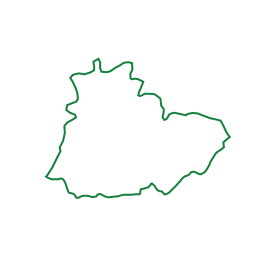 the district of Khotsimsk, Mogilev, Belarus, rotated 251°
{"feature_id": "67162791B11584975294724", "entity_name": "Khotsimsk", "entity_type": "district", "adm_level": 2, "iso_a3": "BLR", "parent_name": "Belarus", "parent_adm1": "Mogilev", "projection": "orthographic", "projection_center": [32.434, 53.377], "detail": "fine", "context": "isolated", "style": "outline", "palette": "green", "viewbox_px": 256, "rotation_deg": 251, "n_neighbors": 0, "source": "geoboundaries", "source_scale": "gbopen_adm2", "svg_char_len": 2182}
<svg xmlns="http://www.w3.org/2000/svg" viewBox="0 0 256 256"><g transform="rotate(251 128 128)"><path d="M86.3,221.3L91.7,219.7L99.2,218.9L104.9,217.9L108.1,212.9L110.6,208.7L114.8,203.7L119.1,198.6L121.2,194.0L121.8,189.2L121.3,186.6L125.2,180.4L127.4,176.6L127.7,173.6L127.1,170.9L125.6,169.5L123.9,167.1L123.9,164.9L127.0,164.2L131.0,166.6L134.2,168.0L138.3,166.7L145.2,168.2L149.8,165.3L151.7,163.5L154.1,157.5L154.9,154.9L154.4,152.1L154.2,149.9L155.6,148.4L158.7,150.2L160.0,151.7L163.9,155.1L166.8,157.5L169.0,155.3L171.3,152.9L172.5,150.2L172.7,147.9L174.0,146.6L178.3,147.7L181.8,151.2L188.0,152.9L190.2,149.7L191.0,145.0L189.9,141.0L189.2,136.3L187.4,129.6L187.7,125.9L189.9,121.2L194.3,121.2L199.0,123.1L203.0,122.6L202.2,117.7L201.5,116.7L197.0,116.0L193.6,114.7L192.8,110.5L193.0,104.3L195.7,99.1L196.2,93.2L194.2,89.7L190.0,90.7L183.1,91.5L177.6,91.5L171.7,90.1L169.7,87.3L169.7,84.1L169.4,78.0L165.2,75.5L161.5,78.0L157.6,82.4L154.9,82.2L153.6,76.5L153.1,72.8L150.8,68.6L143.8,66.6L136.9,62.4L131.8,57.0L128.0,56.6L124.9,53.2L119.5,47.8L115.2,43.5L109.8,36.6L108.7,34.7L106.6,36.5L105.3,38.1L104.4,39.1L103.5,41.7L102.3,45.0L102.2,47.8L101.8,48.7L100.5,50.0L98.4,50.5L96.5,50.8L93.6,50.8L89.7,50.8L88.1,50.8L86.2,51.0L85.1,52.4L84.5,53.6L83.0,55.4L81.1,56.0L79.6,56.2L78.6,56.9L78.2,58.5L78.5,60.3L78.6,62.8L78.0,65.0L77.5,66.7L76.1,69.3L75.0,70.6L73.9,72.7L73.7,76.1L75.0,77.7L74.8,79.8L73.5,81.4L71.6,83.2L70.1,84.7L68.8,87.1L68.2,89.8L67.5,93.1L66.7,96.0L66.5,100.9L65.9,103.4L64.8,106.4L63.9,109.2L63.2,111.8L62.8,114.2L62.0,115.7L61.7,117.4L62.3,118.4L63.6,118.8L64.8,119.3L66.0,120.4L65.5,122.6L65.5,125.9L65.3,127.7L66.6,130.4L67.7,131.6L67.8,132.5L66.1,133.6L64.3,134.4L62.1,134.8L59.7,135.6L58.0,137.2L57.0,139.4L54.9,140.2L53.3,140.9L53.0,142.9L53.5,145.7L55.0,148.7L56.5,152.0L58.3,155.5L58.9,156.5L60.8,160.0L62.5,162.7L63.7,165.6L63.7,168.1L64.0,170.6L65.6,173.2L65.5,175.5L64.3,177.3L63.2,178.4L61.3,180.1L60.5,182.0L60.8,184.1L61.6,186.7L63.3,189.1L66.3,192.6L69.6,195.4L72.2,198.7L74.8,201.8L76.2,204.4L77.0,207.6L77.5,209.7L78.7,212.5L80.5,212.8L83.4,213.5L84.2,215.6L85.3,218.2L86.3,221.3Z" fill="none" stroke="#15803d" stroke-width="2"/></g></svg>